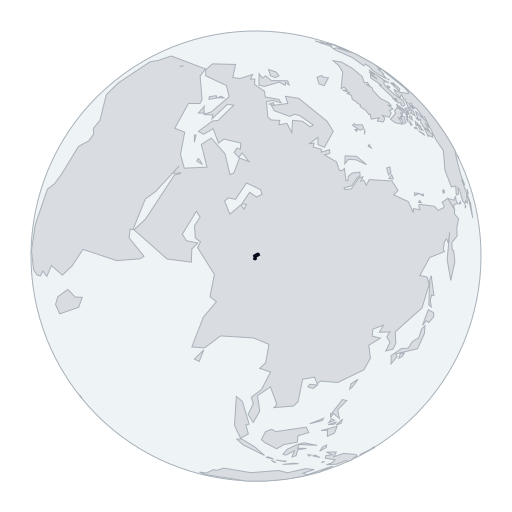 globe centered on Takhar, rotated 51°
{"feature_id": "AFG-1765", "entity_name": "Takhar", "entity_type": "Province", "adm_level": 1, "iso_a3": "AFG", "parent_name": "Afghanistan", "parent_adm1": "", "projection": "orthographic", "projection_center": [69.729, 36.705], "detail": "fine", "context": "on_globe", "style": "filled", "palette": "ink", "viewbox_px": 512, "rotation_deg": 51, "n_neighbors": 0, "source": "natural_earth", "source_scale": "10m", "svg_char_len": 11974}
<svg xmlns="http://www.w3.org/2000/svg" viewBox="0 0 512 512"><g transform="rotate(51 256 256)"><circle cx="256" cy="256" r="225" fill="#eef3f6" stroke="#a8b0b8"/><path d="M298.9,34.8L304.0,37.6L321.7,45.8L332.5,49.2L326.1,48.3L349.9,56.0L362.8,63.6L345.0,54.7L340.7,53.7L347.9,58.3L345.1,58.4L346.9,60.8L342.9,60.7L332.8,56.1L330.1,56.1L335.3,59.5L334.6,61.9L327.3,56.8L325.3,60.7L308.1,55.1L291.9,44.0L279.1,43.0L253.9,37.5L253.0,38.8L242.9,38.4L238.1,39.9L234.7,39.0L233.8,41.1L237.7,41.7L238.6,42.9L236.1,44.0L231.5,42.9L232.0,42.1L229.4,42.4L228.1,41.5L227.3,42.6L222.0,41.4L223.6,44.3L216.2,44.9L213.7,43.8L218.8,41.6L225.7,35.2L224.8,34.4L218.2,34.8L195.6,39.8L192.5,40.2L184.7,42.4L184.1,42.9L190.0,41.5L187.0,43.6L194.6,42.2L194.5,43.1L200.3,43.1L194.1,45.8L184.9,48.5L179.8,48.8L175.6,50.3L176.2,52.5L162.5,56.2L146.3,64.5L143.3,65.5L145.2,62.1L156.1,55.1L158.6,52.9L151.6,57.3L144.3,60.6L140.8,62.7L138.1,64.5L138.7,64.6L135.1,66.6L140.7,62.4L144.1,60.5L142.3,61.7L147.4,58.7L148.1,58.3L163.6,50.6L179.6,44.1L196.1,38.8L212.9,34.9L230.0,32.2L247.3,30.9L264.6,30.9L281.8,32.2L298.9,34.8ZM307.9,37.0L304.3,36.2L305.3,36.2L307.0,36.6L307.9,37.0ZM340.8,52.0L336.6,49.8L341.6,52.0L340.8,52.0ZM347.9,61.2L350.0,62.0L350.1,63.0L347.9,61.2ZM203.3,41.7L201.8,42.4L201.5,42.0L203.3,41.7ZM207.2,41.3L207.9,40.4L209.9,40.0L209.4,40.6L207.2,41.3ZM344.0,63.8L343.4,65.5L342.2,63.0L344.0,63.8ZM205.9,42.5L213.3,39.6L216.7,39.1L217.8,40.9L205.9,42.5ZM342.0,66.0L340.8,70.8L345.4,72.6L331.9,70.7L337.3,66.9L335.1,63.3L338.9,65.7L342.0,66.0ZM240.0,41.4L235.7,40.8L241.6,40.4L240.0,41.4ZM243.6,40.9L260.4,38.7L265.5,40.5L258.8,40.7L267.3,42.6L261.5,44.5L255.6,43.9L253.4,42.2L252.9,44.3L243.6,40.9ZM324.6,69.1L322.8,69.8L322.7,68.3L324.6,69.1ZM239.4,43.4L242.3,42.6L247.0,44.1L241.9,45.9L242.1,44.8L239.4,43.4ZM272.4,42.4L274.9,44.0L271.0,45.9L271.4,46.9L261.9,44.7L272.4,42.4ZM239.7,45.0L239.3,46.8L234.8,47.3L236.8,44.3L239.7,45.0ZM250.3,43.7L252.3,44.6L249.5,44.7L250.3,43.7ZM218.8,50.5L222.2,49.2L224.9,49.7L218.8,50.5ZM239.4,47.5L240.9,47.4L242.4,47.5L241.2,48.8L239.4,47.5ZM259.7,46.4L257.5,46.9L263.4,47.3L260.7,49.0L254.8,47.4L256.2,48.8L255.4,49.4L251.5,47.5L259.7,46.4ZM244.3,50.8L235.9,49.8L228.9,52.0L226.3,51.4L237.9,48.2L244.3,50.8ZM248.9,49.0L245.4,49.9L243.9,48.6L245.3,47.1L248.9,49.0ZM261.0,50.9L266.7,48.7L267.8,49.1L261.0,50.9ZM242.6,51.6L244.6,51.9L242.3,51.9L242.6,51.6ZM255.7,51.3L257.5,50.4L258.7,50.9L255.7,51.3ZM247.2,53.3L244.5,52.9L245.4,51.8L247.2,53.3ZM251.3,52.6L252.5,53.6L247.3,51.7L252.0,52.1L251.3,52.6ZM256.5,52.0L257.8,52.0L255.5,52.3L256.5,52.0ZM245.5,58.0L238.7,55.8L240.7,53.3L247.0,55.7L245.5,58.0ZM34.8,254.3L38.4,216.1L42.4,209.1L47.3,195.9L78.9,177.5L81.0,186.2L100.6,199.6L102.2,203.6L94.9,212.5L105.6,238.7L114.9,233.5L129.6,250.8L142.6,256.5L156.1,238.2L134.9,228.3L136.2,216.5L157.1,215.8L176.4,225.1L177.5,220.9L169.5,207.2L178.2,202.0L167.2,201.9L168.5,207.4L161.7,207.8L160.1,202.9L163.2,201.0L158.6,196.7L144.9,207.4L144.7,214.1L130.1,209.2L128.4,220.1L122.9,222.4L123.7,204.9L126.8,200.2L124.8,178.4L120.1,182.8L121.7,203.9L119.3,200.7L113.0,207.8L115.9,199.9L115.4,176.6L104.9,171.7L84.3,181.7L79.7,178.0L79.3,168.9L94.3,151.3L102.7,161.8L108.1,156.6L112.8,144.4L115.0,148.9L117.9,145.5L121.7,149.2L133.4,145.7L138.2,148.8L148.8,139.6L152.7,140.1L145.3,145.3L142.8,150.9L155.5,159.4L159.7,158.7L165.6,152.2L168.4,155.7L172.4,148.5L182.7,150.6L173.6,142.2L180.3,135.3L189.7,132.7L190.3,129.1L174.8,133.5L170.2,136.7L168.8,141.8L154.6,150.4L148.9,149.3L157.5,135.3L150.4,132.6L160.3,123.6L196.0,116.0L207.8,117.5L214.6,134.5L208.3,137.8L202.8,133.1L202.3,143.8L205.0,139.8L207.3,143.0L214.3,138.0L216.3,140.1L219.6,132.0L222.7,134.0L220.6,139.1L233.6,134.2L241.8,137.3L243.8,135.3L243.6,132.2L254.2,138.7L255.2,136.9L252.1,134.1L252.1,128.9L256.2,122.5L259.7,125.1L258.7,127.7L261.7,137.5L258.4,144.7L260.3,145.1L263.9,139.6L260.2,127.5L261.7,123.0L264.4,128.3L263.5,126.0L265.4,124.6L270.4,125.8L267.9,119.9L283.3,103.1L294.5,104.4L295.2,110.5L309.6,103.4L321.2,106.5L318.3,103.8L323.3,99.3L319.7,98.1L318.7,96.5L329.8,85.9L335.1,85.9L336.6,79.4L335.2,78.1L331.4,77.6L331.9,70.7L345.4,72.6L348.0,75.3L354.7,75.2L359.8,81.6L367.1,87.3L368.8,95.3L374.5,99.6L376.4,99.1L385.6,105.1L397.6,120.0L379.2,109.8L359.5,90.6L366.8,98.3L362.5,97.3L363.6,100.8L368.9,106.5L371.2,106.6L366.5,122.0L374.3,140.9L380.0,136.3L386.9,139.2L400.8,159.5L402.6,195.6L411.8,202.2L414.6,208.3L411.5,214.9L407.3,206.0L401.2,205.3L399.3,199.7L392.9,208.1L389.9,200.4L386.4,211.2L391.4,216.1L398.1,211.0L396.3,224.5L407.4,231.4L412.3,243.7L405.8,272.0L393.8,284.6L393.8,288.9L387.1,286.7L381.1,297.3L395.7,315.0L396.2,321.3L385.1,337.5L384.4,333.1L366.8,327.1L365.5,342.7L378.9,350.7L383.6,362.9L374.1,361.8L369.1,351.1L362.9,348.6L363.2,335.6L355.3,317.7L345.6,323.9L345.1,315.8L332.8,301.5L318.1,309.5L295.8,333.8L295.0,353.9L286.3,363.1L270.4,335.4L266.6,315.5L258.7,317.4L244.1,299.9L212.7,296.1L210.1,290.2L203.8,291.9L193.8,284.7L190.6,275.0L183.7,274.1L192.6,299.5L200.3,300.5L209.3,293.0L210.2,301.5L220.1,310.1L202.3,327.0L158.8,334.3L157.8,318.7L141.7,268.3L144.0,263.9L144.1,263.3L144.1,262.2L139.2,268.9L137.6,259.0L142.7,293.2L142.1,306.3L158.1,335.0L155.8,336.7L162.0,343.2L185.7,343.2L185.1,348.0L171.9,367.2L142.0,386.3L147.9,405.1L149.0,418.5L134.6,421.0L140.2,431.4L133.4,431.1L135.9,436.0L132.9,438.1L126.3,437.3L110.4,427.0L105.9,422.1L92.7,407.8L72.8,376.0L73.1,367.1L70.3,356.4L59.1,324.9L61.3,313.7L59.2,305.6L54.4,301.8L52.4,292.0L49.8,288.5L36.5,270.9L34.8,254.3ZM62.7,192.6L60.6,196.1L62.7,192.6ZM193.4,245.8L207.1,250.0L206.7,235.3L212.0,235.9L209.9,230.9L206.6,234.2L202.5,220.8L210.5,218.5L211.8,212.4L207.2,210.8L193.2,217.4L199.1,236.2L193.5,240.8L193.4,245.8ZM144.0,60.9L143.4,61.3L140.2,63.3L140.7,62.8L144.0,60.9ZM131.6,71.4L126.0,74.6L130.4,71.7L130.1,71.2L138.9,65.0L142.3,65.7L139.2,66.3L131.6,71.4ZM151.6,57.7L145.6,61.0L152.0,57.3L151.6,57.7ZM130.4,124.7L129.6,128.6L125.1,131.3L119.0,128.9L125.5,124.7L130.4,124.7ZM129.5,133.5L139.8,121.1L144.0,122.6L139.9,123.7L141.7,126.0L135.5,128.5L129.5,142.7L125.1,146.2L116.3,138.9L121.6,139.1L122.0,135.2L129.5,133.5ZM158.7,91.6L163.2,87.6L166.5,95.8L161.9,98.7L155.5,96.1L157.2,91.2L158.7,91.6ZM206.4,46.9L207.9,45.8L209.2,46.0L208.9,47.1L206.4,46.9ZM220.2,49.8L201.1,52.4L201.9,51.1L189.8,54.8L187.1,53.0L195.0,50.5L183.9,52.3L190.0,49.4L182.2,51.1L200.1,45.8L205.2,43.7L200.6,46.6L202.9,48.2L205.4,48.3L216.3,47.1L228.2,43.9L232.4,45.4L232.2,47.4L230.0,48.4L228.0,46.9L226.5,49.3L221.8,48.1L220.2,49.8ZM227.5,76.7L226.1,73.4L222.2,80.3L217.6,78.1L217.4,79.1L212.1,79.1L205.3,81.0L203.9,79.5L201.9,80.9L198.3,81.2L195.0,82.7L191.4,80.8L187.1,82.6L187.8,80.7L181.4,84.4L184.6,80.8L180.2,81.2L179.5,84.5L167.8,73.0L160.5,71.8L152.7,73.1L159.1,67.5L170.5,63.1L183.3,60.6L189.5,62.8L191.2,60.2L194.7,60.6L191.8,62.5L198.3,59.9L200.4,60.9L211.8,60.2L219.9,56.5L224.2,56.4L222.1,58.4L227.9,57.0L226.9,60.8L230.0,61.0L232.1,65.1L226.2,69.3L230.1,69.2L231.9,72.7L227.5,76.7ZM245.8,59.2L239.9,64.0L234.4,65.4L233.0,57.7L230.4,57.0L229.3,52.7L237.3,51.0L236.9,52.3L238.3,53.2L235.2,53.4L238.8,54.0L238.3,56.0L240.9,57.1L238.2,58.3L245.8,59.2ZM107.1,201.9L108.9,204.0L112.5,206.1L108.6,210.8L107.1,201.9ZM106.4,186.0L108.5,186.9L104.7,194.0L102.8,192.0L106.4,186.0ZM112.9,181.5L108.9,186.4L109.9,182.6L112.9,181.5ZM147.6,145.9L150.2,146.6L149.2,148.3L146.3,150.0L147.6,145.9ZM215.2,98.8L215.2,96.2L216.8,95.9L221.2,90.7L225.0,92.2L223.8,95.9L215.2,98.8ZM150.6,240.1L145.0,242.3L143.9,239.6L146.0,239.3L150.6,240.1ZM124.3,226.5L128.8,232.3L123.2,227.7L124.3,226.5ZM220.0,99.6L221.4,97.2L222.5,99.5L220.0,99.6ZM228.0,93.1L229.8,95.3L226.0,91.8L228.0,93.1ZM253.9,480.5L257.4,480.8L253.5,480.8L253.9,480.5ZM184.3,426.1L177.4,444.9L167.5,442.3L162.9,435.5L163.6,423.3L174.2,422.3L178.7,417.0L184.3,426.1ZM424.3,372.7L428.5,370.6L428.3,371.5L424.3,372.7ZM419.9,372.8L425.1,370.0L418.7,375.0L419.9,372.8ZM427.0,368.8L432.3,364.1L434.5,361.3L433.9,363.2L427.0,368.8ZM416.3,374.9L395.1,384.7L386.3,386.2L388.7,382.5L402.9,377.3L416.3,374.9ZM388.0,382.7L374.1,379.3L352.8,359.7L360.5,358.1L382.3,367.2L381.0,370.2L389.4,373.9L388.0,382.7ZM420.2,352.8L418.8,361.2L407.4,366.3L402.1,367.5L398.5,359.0L400.5,352.9L405.0,351.1L420.6,324.7L426.4,326.1L422.1,336.5L426.7,341.0L420.2,352.8ZM296.1,355.7L302.2,366.5L297.3,368.8L296.1,355.7ZM425.6,308.1L420.2,319.8L424.6,305.6L425.6,308.1ZM427.4,295.7L428.4,299.7L425.3,297.1L427.4,295.7ZM394.9,295.0L390.2,298.0L389.5,295.0L395.0,289.4L394.9,295.0ZM416.0,254.2L418.4,263.4L418.4,267.0L415.1,262.5L416.0,254.2ZM254.6,112.6L244.1,117.8L239.1,123.4L240.3,129.0L234.2,123.7L241.9,115.1L254.6,112.6ZM279.4,103.9L278.3,99.5L281.7,100.3L282.4,101.4L279.4,103.9ZM276.6,102.0L269.8,99.0L271.1,95.9L276.3,98.8L276.6,102.0ZM244.6,98.4L241.3,99.8L240.5,97.8L244.6,98.4ZM425.7,404.2L425.0,405.0L393.7,433.1L388.4,435.9L393.3,431.3L395.5,423.0L397.6,422.1L400.6,414.5L421.1,396.4L436.9,373.5L444.3,367.9L452.3,351.6L458.6,345.1L454.4,356.1L458.3,353.8L467.5,328.6L464.2,342.1L456.5,358.7L447.5,374.7L437.2,389.9L425.7,404.2ZM434.7,366.5L441.2,356.5L444.2,353.7L434.7,366.5ZM474.2,306.7L474.7,310.0L473.1,314.9L471.7,314.5L468.5,324.3L462.5,332.6L464.5,327.0L464.2,322.8L456.7,329.4L455.1,327.5L458.3,322.0L452.6,324.7L458.9,316.9L461.0,321.9L464.4,312.4L469.1,307.4L473.0,303.3L475.0,303.2L474.2,306.7ZM458.0,333.2L459.0,332.1L457.8,335.3L458.0,333.2ZM479.2,286.6L479.4,284.4L479.4,284.8L479.2,286.6ZM475.7,300.6L478.4,288.3L478.8,286.9L476.8,297.9L475.7,300.6ZM478.2,285.8L479.0,283.7L479.1,285.6L478.9,287.1L478.2,285.8ZM445.2,338.6L444.8,340.8L443.0,340.7L445.2,338.6ZM447.7,335.4L452.8,333.1L447.1,337.6L447.7,335.4ZM429.7,341.0L431.5,344.8L437.3,337.8L432.9,345.3L436.4,350.7L434.8,354.6L431.5,348.5L429.5,358.3L426.9,359.8L425.9,353.0L428.8,341.9L431.4,336.3L441.6,327.7L429.7,341.0ZM447.8,329.4L446.3,324.8L447.3,320.0L449.0,321.8L447.8,329.4ZM441.1,314.0L436.3,310.0L432.6,315.3L439.4,300.2L443.0,306.5L441.1,314.0ZM435.9,301.2L432.5,306.0L435.6,297.8L435.9,301.2ZM431.2,304.3L430.1,299.6L433.2,298.4L431.2,304.3ZM437.8,300.1L437.2,291.3L439.4,295.2L437.8,300.1ZM426.8,289.3L434.7,293.4L425.7,295.2L422.0,279.1L425.5,276.5L426.8,289.3ZM425.3,209.3L422.6,205.1L424.8,201.9L426.1,205.7L425.3,209.3ZM429.7,188.8L424.5,199.7L420.0,209.1L423.0,209.7L424.8,218.9L418.5,213.7L419.4,201.3L423.4,195.7L420.9,188.4L422.0,181.0L417.0,173.3L416.4,168.4L422.2,173.9L429.7,188.8ZM414.6,170.2L406.2,155.8L411.9,153.6L415.1,156.3L416.5,163.7L413.4,164.3L414.6,170.2ZM405.9,151.8L402.8,152.5L384.0,136.1L381.5,132.2L398.8,142.7L396.8,144.1L400.4,148.7L405.9,151.8ZM325.0,70.9L323.0,69.9L325.4,70.1L325.0,70.9ZM316.6,96.0L315.7,93.9L318.5,93.9L316.6,96.0ZM314.6,88.1L312.0,89.5L313.3,86.9L314.6,88.1ZM306.6,93.2L310.3,89.6L308.9,94.6L306.6,93.2Z" fill="#d9dde1" stroke="#a8b0b8" stroke-width="1"/><path d="M256.5,252.4L256.6,252.5L256.8,252.6L256.8,252.8L256.9,253.2L256.9,253.3L257.0,253.3L256.9,253.4L256.9,253.5L256.9,253.8L256.9,254.0L257.0,254.1L256.9,254.2L257.0,254.3L257.1,254.5L257.2,254.8L257.0,255.0L256.9,255.1L256.9,256.0L256.9,256.4L256.9,256.5L257.0,256.7L257.0,256.8L257.0,257.0L257.3,257.2L257.5,257.4L257.6,257.5L257.8,257.5L258.0,257.6L258.3,257.6L258.4,258.1L258.3,258.3L258.3,258.5L258.2,258.6L258.3,258.8L258.2,259.0L257.9,259.2L257.8,259.3L257.7,259.4L257.4,259.2L257.4,259.3L257.2,259.5L256.9,259.6L256.7,259.5L256.7,259.2L256.6,258.9L256.5,258.7L256.4,258.6L256.2,258.4L256.2,257.9L255.9,257.8L255.9,257.7L255.8,257.4L255.7,257.5L255.4,257.6L255.1,257.8L254.8,257.8L254.7,257.8L254.6,257.7L254.4,257.7L254.3,257.4L254.3,257.2L254.2,257.0L254.2,256.9L254.3,256.8L254.3,256.7L254.5,256.4L254.5,256.2L254.4,256.2L254.4,255.9L254.4,255.7L254.6,255.6L254.7,255.4L254.7,254.9L254.7,254.7L254.8,254.5L254.7,254.4L254.8,254.3L254.9,254.2L255.0,254.1L255.1,253.9L255.0,253.7L254.9,253.5L254.9,253.4L254.9,253.2L255.0,253.0L255.0,252.9L255.3,252.7L255.8,252.6L256.0,252.5L256.3,252.5L256.5,252.4Z" fill="#0f172a" stroke="#020617" stroke-width="1.5"/></g></svg>